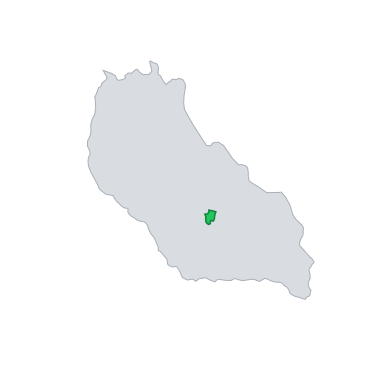 Szolnok on a map of Hungary (Natural Earth projection), rotated 60°
{"feature_id": "HUN-4918", "entity_name": "Szolnok", "entity_type": "Urban county", "adm_level": 1, "iso_a3": "HUN", "parent_name": "Hungary", "parent_adm1": "", "projection": "natural_earth1", "projection_center": [20.178, 47.22], "detail": "fine", "context": "in_parent", "style": "filled", "palette": "green", "viewbox_px": 384, "rotation_deg": 60, "n_neighbors": 0, "source": "natural_earth", "source_scale": "10m", "svg_char_len": 2987}
<svg xmlns="http://www.w3.org/2000/svg" viewBox="0 0 384 384"><g transform="rotate(60 192 192)"><path d="M308.7,121.6L312.9,121.2L313.1,121.2L314.0,121.5L314.8,124.1L314.9,124.3L315.9,126.0L316.9,128.2L318.4,130.0L321.6,130.7L325.9,132.8L328.6,136.8L332.8,138.4L333.1,138.5L333.9,138.3L336.8,138.2L337.4,139.0L339.8,140.9L340.8,142.6L340.3,144.5L340.8,146.5L341.7,147.2L340.6,148.6L333.0,155.6L330.0,157.4L328.0,157.8L324.8,157.0L321.6,157.6L318.7,159.1L316.0,159.5L314.0,161.3L311.4,165.1L308.2,168.3L305.0,170.3L303.3,172.0L303.2,178.2L301.4,179.9L299.0,181.7L297.7,183.3L294.0,192.6L291.2,195.6L288.6,197.9L288.1,200.0L288.2,202.4L285.2,207.2L281.3,212.2L280.5,214.3L281.4,217.0L277.6,220.2L275.4,221.7L273.6,222.5L272.5,224.5L270.6,229.3L271.1,231.5L271.2,233.5L268.0,234.7L267.0,236.8L266.2,239.6L264.9,240.8L261.3,243.1L252.3,242.1L248.9,242.8L247.8,244.5L247.6,245.8L246.5,247.0L244.5,248.5L242.4,249.2L237.7,247.3L227.6,249.2L225.8,250.6L224.4,249.6L222.3,248.7L212.2,247.6L208.2,248.5L202.9,248.2L198.0,247.2L194.3,248.0L191.0,251.8L189.4,253.1L188.1,253.9L185.3,255.1L183.0,256.6L179.9,257.6L177.2,257.5L174.6,255.8L173.6,256.2L172.8,257.7L171.4,259.0L167.4,260.6L166.4,260.6L166.2,260.6L163.2,261.8L158.3,262.4L155.8,262.0L151.2,267.3L149.9,268.2L145.6,269.9L142.0,270.7L139.0,270.0L137.9,270.0L124.5,269.7L117.5,268.6L113.1,266.5L110.1,264.2L108.7,261.6L105.3,260.0L99.8,259.5L95.6,256.9L92.6,252.4L88.5,248.8L83.4,246.2L79.3,242.4L76.3,237.6L70.9,233.3L63.1,229.4L60.7,228.5L60.3,227.3L56.5,222.5L54.9,220.7L55.1,218.4L54.3,217.0L52.9,216.1L52.2,212.6L51.8,210.1L50.7,208.4L42.3,208.1L49.5,202.0L53.0,200.3L57.1,200.6L58.4,200.0L58.8,199.1L59.5,197.2L59.9,195.3L60.2,193.5L59.8,192.5L57.9,192.2L57.0,187.9L58.0,186.2L59.0,185.1L57.9,179.8L58.3,178.0L61.5,177.7L64.1,176.6L66.3,175.3L66.9,173.6L68.7,170.3L67.1,166.2L58.0,163.6L57.6,162.5L59.7,161.4L62.0,159.7L63.4,158.4L65.1,158.3L67.6,158.9L72.0,161.9L73.6,162.3L75.3,161.4L77.0,161.3L81.9,161.4L86.0,160.7L85.1,157.5L85.2,155.2L84.5,153.4L85.0,151.4L86.7,149.8L87.2,146.3L89.8,144.0L91.0,143.6L95.5,144.0L96.6,144.7L97.3,144.8L104.4,150.6L111.1,154.9L116.7,157.2L124.9,157.4L133.6,157.5L148.1,156.8L159.0,156.2L159.8,155.1L161.4,152.5L160.1,150.3L160.2,147.7L162.1,144.3L167.5,141.4L182.9,140.2L191.8,138.1L193.1,135.2L196.1,132.4L198.8,131.8L202.4,133.1L206.9,135.6L210.7,136.9L213.0,136.1L220.8,131.9L229.9,127.7L236.0,116.6L236.7,114.8L243.4,113.5L253.2,113.8L258.2,115.2L262.0,116.0L267.7,115.7L275.8,113.3L278.8,113.4L281.2,115.1L283.7,116.6L285.5,118.3L286.8,120.9L287.5,121.8L288.7,123.1L290.7,124.9L292.7,125.4L307.8,122.3L308.7,121.6Z" fill="#d9dde1" stroke="#a8b0b8" stroke-width="1"/><path d="M217.6,191.9L218.8,189.3L217.3,187.1L216.1,186.4L217.9,184.4L221.0,181.2L223.7,184.1L226.7,186.2L227.8,188.1L227.5,188.8L226.1,189.7L227.0,191.3L228.6,191.9L228.5,193.7L227.1,194.6L224.9,194.9L223.7,194.3L223.0,193.9L222.4,193.8L220.2,192.3L217.6,191.9Z" fill="#22c55e" stroke="#15803d" stroke-width="1.5"/></g></svg>